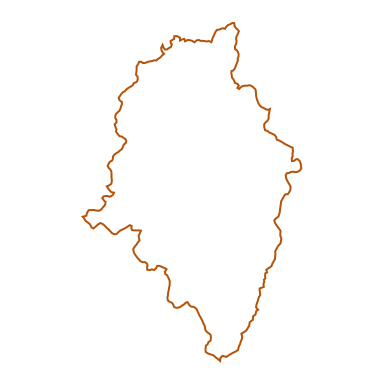 Mutum, Minas Gerais, Brazil (orthographic projection)
{"feature_id": "56859067B47426094503718", "entity_name": "Mutum", "entity_type": "district", "adm_level": 2, "iso_a3": "BRA", "parent_name": "Brazil", "parent_adm1": "Minas Gerais", "projection": "orthographic", "projection_center": [-41.459, -19.934], "detail": "fine", "context": "isolated", "style": "outline", "palette": "amber", "viewbox_px": 384, "rotation_deg": 0, "n_neighbors": 0, "source": "geoboundaries", "source_scale": "gbopen_adm2", "svg_char_len": 5358}
<svg xmlns="http://www.w3.org/2000/svg" viewBox="0 0 384 384"><path d="M234.2,23.1L232.3,23.0L230.4,24.1L227.8,25.2L226.1,26.9L224.9,28.9L223.2,28.3L221.4,28.6L219.2,29.6L217.0,29.9L215.6,31.7L214.6,33.8L213.8,35.7L212.6,38.1L212.0,40.2L211.3,42.2L208.9,41.0L206.6,41.5L204.6,41.0L202.6,40.9L200.7,40.9L198.9,40.0L196.8,40.3L194.4,42.3L191.9,40.7L189.3,40.1L187.6,40.0L185.1,41.3L184.3,38.9L182.4,39.3L180.0,40.5L179.9,37.6L177.0,36.1L174.3,36.1L174.1,38.9L172.2,40.0L170.5,41.1L170.8,42.9L171.9,44.4L170.7,47.2L168.5,48.2L167.2,49.4L164.8,49.5L163.3,47.3L162.6,44.9L161.2,47.7L161.4,50.0L162.5,52.2L164.1,53.9L162.1,55.3L161.0,56.9L159.3,58.1L157.7,59.1L156.5,60.5L154.4,60.3L151.5,61.2L148.8,61.5L146.6,62.4L144.7,63.0L142.8,63.0L141.4,61.9L139.1,61.7L138.1,64.2L136.6,66.4L136.6,70.0L136.3,72.6L136.0,74.7L137.6,76.7L137.7,79.4L137.2,81.2L135.9,82.4L133.9,83.0L132.7,85.3L130.9,86.5L128.9,87.6L126.8,89.0L124.7,91.3L122.9,92.2L121.3,94.0L120.1,95.7L118.6,97.8L119.6,100.3L121.9,102.0L121.9,104.5L120.9,106.6L120.5,108.6L119.6,110.5L117.6,112.4L115.9,114.0L115.3,116.2L115.3,118.0L116.5,120.0L116.5,122.4L114.6,124.4L115.4,126.8L116.5,129.4L116.0,131.6L117.8,134.1L119.5,136.2L121.6,136.5L123.4,137.7L125.4,139.1L126.3,140.8L125.7,143.1L123.8,144.5L122.9,146.9L121.8,149.2L120.0,150.4L118.4,152.0L116.0,153.4L114.3,154.7L112.9,156.7L112.9,158.9L111.9,160.8L110.0,161.6L108.8,163.3L107.6,166.0L108.9,168.1L110.2,169.3L111.3,171.3L111.5,174.2L111.5,177.6L111.8,179.8L111.8,181.6L111.3,183.8L109.3,185.3L106.8,186.3L108.0,188.3L109.6,190.3L111.3,192.1L114.0,192.7L113.1,194.6L111.6,195.9L109.6,196.8L107.5,196.0L105.4,196.1L103.5,196.4L102.3,198.0L103.9,200.4L105.6,202.0L105.1,204.9L102.9,207.4L101.0,209.8L98.6,210.8L96.0,210.5L93.9,210.0L91.3,210.1L88.9,210.1L87.7,211.6L86.7,213.8L86.4,215.7L84.5,216.2L82.7,216.7L84.1,218.4L85.4,220.6L87.1,222.0L89.3,223.6L90.6,225.4L91.5,227.4L93.2,228.5L95.3,227.0L97.6,224.8L100.3,223.0L102.8,224.1L104.6,225.6L106.2,227.3L107.6,228.6L109.2,230.0L110.5,231.5L112.3,233.4L114.7,234.3L116.8,233.8L118.5,232.0L120.5,230.4L122.9,229.3L124.9,228.3L126.6,227.3L128.1,226.3L129.9,225.1L131.7,226.1L131.3,228.2L132.0,230.1L134.1,230.4L136.8,230.4L139.1,230.4L140.9,230.7L139.7,233.6L138.6,235.9L139.1,238.2L139.5,240.7L138.0,242.1L136.7,244.3L135.4,245.9L134.2,247.4L133.2,249.2L133.7,251.7L134.5,253.8L136.2,256.1L137.6,258.0L138.9,259.3L140.2,261.0L142.6,262.2L145.0,262.1L147.0,263.7L147.6,265.3L147.1,267.0L147.2,269.7L149.7,270.1L152.0,269.3L154.1,270.1L156.0,268.4L157.2,265.9L159.7,265.9L162.3,267.1L164.7,268.1L166.5,269.2L164.9,271.7L165.2,273.9L167.2,275.4L168.4,277.8L169.7,280.8L169.7,283.1L169.7,285.3L169.2,287.1L168.9,289.3L168.4,291.5L168.0,293.7L167.9,295.5L167.4,297.7L167.6,299.5L168.4,301.1L170.3,302.0L172.2,303.1L173.3,304.8L174.1,307.0L176.2,307.8L178.7,307.6L180.6,306.7L182.3,305.4L183.8,304.6L185.5,302.9L187.4,302.1L188.5,303.6L189.4,305.2L191.2,306.6L193.7,306.9L195.5,308.0L196.9,309.5L197.6,311.6L198.6,313.5L199.5,315.7L200.5,317.1L201.3,318.8L202.6,321.3L203.5,323.6L204.5,325.3L204.9,327.3L205.3,329.9L207.1,332.2L209.4,333.7L210.7,335.0L210.9,337.2L210.7,340.4L208.4,342.2L207.5,344.5L205.9,345.6L205.7,347.5L205.5,349.5L205.6,351.7L207.0,352.9L208.7,353.8L210.7,354.4L212.8,355.1L214.7,356.4L215.9,357.6L217.9,359.0L220.1,361.0L220.4,358.0L222.5,355.8L226.5,356.9L228.6,355.3L232.8,352.9L234.7,352.0L237.9,350.2L239.1,345.8L240.1,344.0L240.6,342.1L241.6,339.7L242.3,337.0L241.4,333.7L243.6,332.4L246.2,330.6L247.3,328.9L249.2,325.7L249.8,322.1L252.9,319.8L253.0,316.4L255.4,314.6L256.3,310.9L258.1,309.8L256.1,307.5L256.4,304.9L257.3,302.4L258.1,300.0L258.7,297.4L260.1,295.4L260.1,293.4L259.6,290.5L259.6,288.5L263.8,286.9L263.4,284.1L264.2,282.2L264.0,279.6L265.3,278.5L265.1,276.0L265.3,273.3L267.1,272.4L266.3,269.8L268.7,268.0L270.4,267.1L271.7,265.7L272.5,263.3L274.1,260.7L275.0,259.0L275.4,254.0L275.2,252.1L275.6,250.4L276.6,248.8L277.9,246.2L280.5,243.4L281.0,240.8L281.3,238.6L280.3,235.6L280.3,233.4L280.6,231.4L279.9,229.8L277.3,226.4L275.1,223.1L274.3,220.3L276.4,218.0L278.4,216.6L279.6,212.9L281.2,201.2L285.1,194.4L287.7,194.2L289.2,192.2L290.3,190.2L290.6,186.7L289.4,184.4L288.1,182.3L287.0,180.1L286.1,178.1L285.7,175.2L286.7,173.3L289.0,172.9L291.1,171.9L293.6,171.7L295.5,172.3L297.6,171.8L299.9,170.5L301.3,168.1L301.0,166.2L300.6,163.3L299.6,160.9L297.4,159.0L295.6,159.6L294.1,160.8L292.0,161.1L291.7,158.2L292.7,156.2L292.4,153.6L293.1,151.7L292.7,149.5L292.7,147.7L291.0,147.0L288.9,146.0L287.0,145.0L284.9,144.0L282.8,142.6L280.5,141.2L278.8,140.4L276.8,139.7L276.2,137.1L274.7,135.0L271.9,133.6L269.4,132.5L267.5,131.0L265.1,130.2L264.2,126.9L264.2,124.2L265.9,122.1L267.5,120.8L268.7,118.4L268.6,115.1L269.3,112.2L269.9,109.0L268.3,109.8L266.1,109.4L263.9,108.1L261.4,107.0L259.7,105.3L258.7,103.8L257.7,101.5L256.7,98.5L256.1,95.6L255.9,92.1L255.5,89.5L254.3,88.2L252.1,86.3L249.6,85.2L247.2,85.7L244.3,85.7L242.1,86.3L240.5,87.5L239.0,89.0L237.4,87.9L238.8,85.5L237.6,83.9L235.0,83.0L234.2,80.9L233.4,79.2L232.1,77.8L231.7,75.4L231.4,73.4L231.4,71.1L233.1,70.6L234.9,68.2L236.0,65.3L237.0,62.9L237.9,60.5L237.7,58.4L238.6,56.3L238.6,54.1L237.8,51.7L236.7,50.2L235.1,49.2L234.9,46.5L236.1,43.9L236.6,41.3L236.1,38.9L236.3,37.0L237.3,35.0L238.2,33.0L238.9,31.2L237.7,29.7L235.9,28.0L234.5,25.8L234.2,23.1Z" fill="none" stroke="#b45309" stroke-width="2"/></svg>